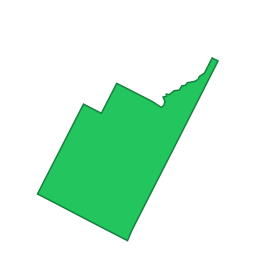 outline of Jefferson, Idaho, United States of America, rotated 297°
{"feature_id": "52423323B94431065830761", "entity_name": "Jefferson", "entity_type": "district", "adm_level": 2, "iso_a3": "USA", "parent_name": "United States of America", "parent_adm1": "Idaho", "projection": "robinson", "projection_center": [-112.06, 43.841], "detail": "fine", "context": "isolated", "style": "filled", "palette": "green", "viewbox_px": 256, "rotation_deg": 297, "n_neighbors": 0, "source": "geoboundaries", "source_scale": "gbopen_adm2", "svg_char_len": 530}
<svg xmlns="http://www.w3.org/2000/svg" viewBox="0 0 256 256"><g transform="rotate(297 128 128)"><path d="M28.0,97.5L27.6,138.0L27.4,178.7L38.3,177.9L60.7,177.9L161.4,177.9L228.6,177.8L228.6,171.2L211.4,171.2L206.5,168.2L203.3,168.4L200.0,166.4L195.2,160.3L192.1,159.8L190.1,156.9L185.0,156.4L182.2,152.2L176.7,149.8L175.6,146.7L173.5,147.7L171.5,145.2L168.3,149.0L164.5,149.6L161.4,148.3L162.6,138.1L162.7,107.8L162.6,97.7L129.0,97.6L129.1,77.5L28.1,77.3L28.0,97.5Z" fill="#22c55e" stroke="#15803d" stroke-width="1.5"/></g></svg>